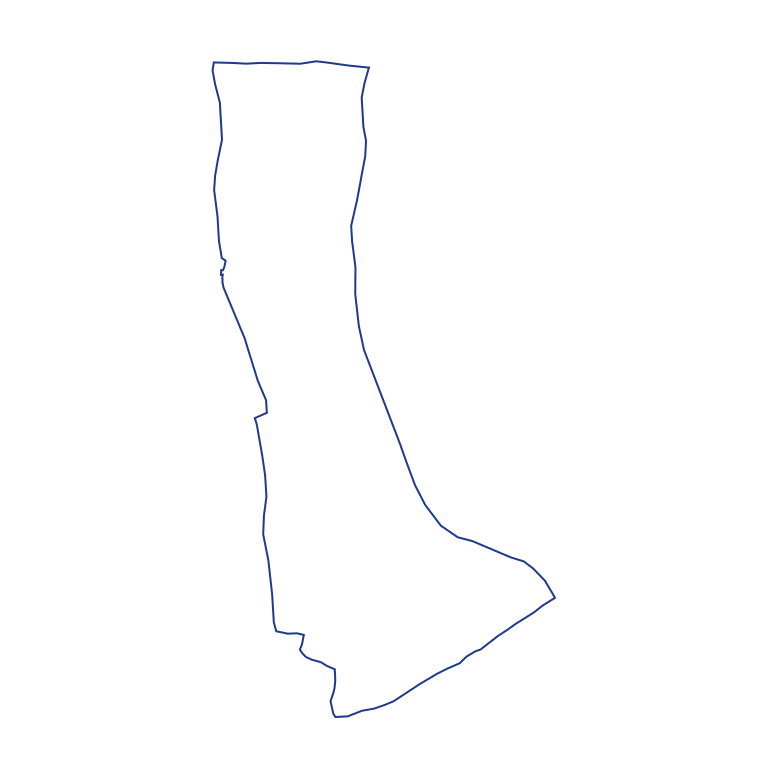 outline of Akoko North East, Ondo, Nigeria, rotated 87°
{"feature_id": "59680162B30693560799830", "entity_name": "Akoko North East", "entity_type": "district", "adm_level": 2, "iso_a3": "NGA", "parent_name": "Nigeria", "parent_adm1": "Ondo", "projection": "natural_earth1", "projection_center": [5.819, 7.563], "detail": "fine", "context": "isolated", "style": "outline", "palette": "blue", "viewbox_px": 768, "rotation_deg": 87, "n_neighbors": 0, "source": "geoboundaries", "source_scale": "gbopen_adm2", "svg_char_len": 1792}
<svg xmlns="http://www.w3.org/2000/svg" viewBox="0 0 768 768"><g transform="rotate(87 384 384)"><path d="M606.5,224.5L602.6,226.4L588.7,233.7L576.3,244.5L568.5,253.6L563.9,266.2L545.5,304.0L540.9,318.4L528.5,334.6L506.9,349.2L492.9,355.5L486.7,358.3L463.4,365.6L444.8,371.1L348.6,402.3L347.0,402.5L325.3,406.0L318.2,406.5L292.7,408.0L277.3,407.1L266.3,406.4L264.6,406.5L248.6,407.7L239.9,408.4L224.3,408.5L199.4,401.4L181.2,397.0L177.6,396.2L155.9,390.9L140.3,389.2L126.3,391.1L113.9,391.2L96.8,391.3L82.8,387.8L67.2,382.5L67.2,382.9L64.2,402.3L59.7,425.7L58.2,434.7L59.8,450.8L58.3,470.6L56.9,490.4L56.9,504.7L55.4,519.1L54.0,537.1L61.8,538.8L75.7,537.0L94.4,533.2L97.1,533.2L109.9,533.1L131.7,533.0L151.9,538.3L167.4,541.8L179.9,543.3L181.4,543.5L207.8,541.5L220.9,541.4L225.1,541.4L232.7,541.3L244.5,540.0L249.8,539.4L252.5,535.7L255.6,536.6L257.1,536.8L258.0,537.2L259.2,537.5L260.8,538.3L262.0,539.0L261.8,540.6L266.5,541.1L266.4,539.3L267.8,539.6L269.6,540.0L271.4,539.7L273.5,540.1L279.3,539.2L324.8,523.0L327.0,522.2L330.5,520.9L345.7,517.1L357.4,514.1L374.0,509.9L394.1,502.6L406.6,502.5L411.3,514.8L417.5,513.2L433.0,511.3L448.6,509.4L468.8,507.5L490.5,507.3L509.2,510.8L515.9,511.4L527.8,512.5L554.2,508.7L588.4,506.7L616.4,506.5L625.3,504.5L628.3,493.1L628.4,484.0L630.4,477.2L640.0,479.6L644.8,481.9L648.6,479.7L652.5,476.3L655.5,470.6L656.6,467.3L658.5,461.6L662.4,456.0L666.3,448.1L672.1,448.1L677.8,448.2L685.5,449.4L689.4,450.6L698.0,454.0L710.5,451.9L714.0,450.0L714.0,437.6L709.2,423.3L707.6,410.7L704.5,400.0L701.3,391.0L691.9,374.9L685.6,364.2L680.9,355.2L676.2,346.3L671.5,335.5L666.8,323.0L660.5,315.8L655.8,306.9L654.2,301.5L648.0,292.6L641.7,283.6L635.5,272.9L630.8,265.7L619.8,246.0L613.5,237.1L606.5,224.5Z" fill="none" stroke="#1e3a8a" stroke-width="2"/></g></svg>